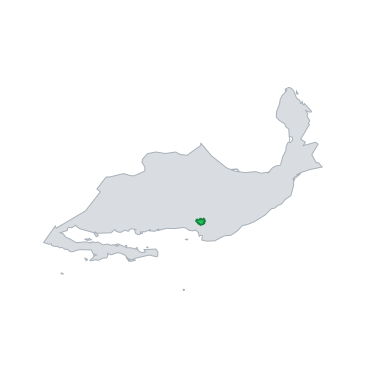 La Yesca, Nayarit, Mexico (highlighted), rotated 306°
{"feature_id": "50627088B10803570714070", "entity_name": "La Yesca", "entity_type": "district", "adm_level": 2, "iso_a3": "MEX", "parent_name": "Mexico", "parent_adm1": "Nayarit", "projection": "orthographic", "projection_center": [-104.035, 21.59], "detail": "fine", "context": "in_parent", "style": "filled", "palette": "green", "viewbox_px": 384, "rotation_deg": 306, "n_neighbors": 0, "source": "geoboundaries", "source_scale": "gbopen_adm2", "svg_char_len": 5681}
<svg xmlns="http://www.w3.org/2000/svg" viewBox="0 0 384 384"><g transform="rotate(306 192 192)"><path d="M63.9,101.6L84.1,101.4L82.9,103.4L114.1,116.9L138.3,117.8L138.5,113.3L153.6,113.7L156.1,116.9L166.6,125.7L169.2,132.9L171.1,135.7L181.2,141.5L184.4,139.3L186.7,133.9L189.8,132.7L197.0,133.5L203.2,139.4L207.5,147.8L214.8,155.4L215.4,160.4L218.8,166.4L234.6,171.6L236.7,170.6L232.7,186.6L231.9,205.6L232.8,209.7L237.2,215.0L236.5,217.9L236.6,215.0L232.9,210.5L234.2,214.7L238.8,223.4L246.0,231.7L247.8,236.9L252.9,242.1L251.6,242.0L254.4,243.1L253.5,242.4L258.6,242.8L262.3,244.5L265.7,247.8L274.1,244.6L280.4,243.7L284.4,241.3L288.7,240.6L289.7,241.3L289.4,242.4L293.0,242.9L295.3,241.0L294.5,238.3L293.4,239.0L293.6,238.4L299.8,233.3L299.9,229.4L301.6,227.1L301.2,220.9L302.0,216.3L306.6,213.2L315.0,210.9L318.6,209.0L322.7,208.2L329.7,209.1L330.2,208.0L328.4,208.1L330.6,207.2L333.6,208.9L334.3,211.6L333.3,215.4L329.4,221.4L329.6,225.2L327.6,227.7L328.0,228.5L330.0,227.9L328.1,230.5L328.2,231.4L329.6,231.0L327.7,240.6L327.0,241.5L325.4,239.6L324.8,236.1L323.1,239.9L321.0,240.4L318.8,245.5L315.7,245.7L315.6,247.3L298.6,248.9L298.9,254.5L295.0,254.8L304.9,262.7L304.8,265.9L292.6,267.0L288.7,275.3L290.0,277.2L288.7,282.6L279.4,274.2L271.9,268.7L267.4,266.6L267.0,267.2L271.1,269.1L264.7,267.6L265.1,266.1L263.5,266.8L262.4,265.6L261.3,267.1L263.4,267.6L260.2,268.1L257.1,270.3L247.2,274.1L240.6,271.8L235.1,271.5L231.3,269.2L227.6,268.4L225.2,266.1L216.3,264.6L205.0,260.0L197.7,255.6L194.6,252.5L187.1,251.6L180.0,249.0L175.5,243.9L165.7,239.0L160.6,232.3L158.9,228.1L162.7,226.2L162.1,224.5L160.4,223.9L163.0,220.8L163.3,217.0L161.2,215.7L159.2,212.0L159.3,208.5L157.9,205.5L152.4,199.7L147.6,192.7L140.1,186.6L142.2,187.8L142.4,186.5L138.4,185.1L135.5,180.3L137.6,180.5L131.9,177.2L131.1,175.6L128.9,176.1L128.5,175.4L130.3,173.6L127.4,174.9L125.7,173.5L125.5,170.4L127.7,167.8L128.4,168.3L127.1,165.4L125.3,163.6L122.8,163.6L121.3,159.7L118.4,158.8L116.7,157.1L115.6,153.7L116.5,151.7L111.3,150.4L102.8,139.4L102.5,136.9L101.2,136.0L96.3,122.7L96.1,118.8L96.8,117.5L92.1,115.5L91.1,113.4L89.6,112.6L87.7,113.7L81.5,109.3L82.5,111.9L81.2,116.7L82.3,120.7L82.9,128.2L89.2,135.2L91.1,139.7L92.1,139.6L92.6,140.9L93.6,141.1L94.3,144.0L96.2,145.0L97.0,151.1L100.3,154.3L101.3,157.8L102.9,158.9L103.9,163.0L105.3,164.1L104.7,161.0L106.6,162.8L108.6,172.2L110.7,174.9L113.5,181.7L113.0,184.5L113.5,187.0L116.1,189.5L117.2,187.1L124.5,196.1L123.7,199.3L120.6,201.6L118.9,201.8L115.9,194.5L104.3,184.4L103.2,184.5L100.9,181.4L100.6,179.3L101.5,174.9L100.7,170.6L99.1,167.4L93.6,163.4L92.6,159.7L91.5,161.2L88.5,161.7L86.5,159.1L81.4,156.2L80.7,154.1L77.0,150.7L76.7,149.6L80.8,150.5L83.2,149.8L83.1,150.7L85.1,151.9L84.5,149.4L83.6,149.2L85.9,144.4L79.0,134.6L73.0,130.1L72.1,128.0L72.4,124.6L71.0,123.4L70.8,119.5L69.0,117.7L69.0,115.3L66.6,111.5L66.3,109.8L67.3,108.7L65.6,107.1L63.9,101.6ZM102.5,139.5L101.6,141.9L99.6,141.0L100.7,137.5L101.9,137.2L102.5,139.5ZM94.2,138.6L91.4,135.9L90.9,133.2L92.3,134.2L92.5,135.6L94.0,136.1L94.2,138.6ZM333.7,220.2L332.9,219.5L333.2,218.4L335.0,217.3L333.7,220.2ZM100.9,184.3L98.9,181.8L100.4,176.9L99.8,181.3L100.9,184.3ZM75.8,147.3L74.2,146.8L75.5,144.3L76.1,146.3L75.8,147.3ZM50.1,136.4L49.0,134.6L49.4,133.8L49.8,133.9L50.1,136.4ZM102.7,184.5L103.9,186.5L101.3,184.5L102.7,184.5ZM151.2,215.7L150.9,216.5L150.2,216.1L149.9,214.8L151.2,215.7ZM114.5,180.0L114.9,181.5L113.5,179.5L114.5,180.0ZM109.7,169.7L110.4,170.4L109.2,171.7L109.7,169.7ZM108.7,243.3L108.1,243.5L107.3,242.9L108.1,242.1L108.7,243.3ZM291.7,240.4L290.2,240.9L292.8,239.8L291.7,240.4ZM121.4,188.9L120.6,188.7L120.6,187.3L121.4,188.9Z" fill="#d9dde1" stroke="#a8b0b8" stroke-width="1"/><path d="M172.8,213.0L172.7,212.9L172.8,212.9L172.9,212.7L173.0,212.5L173.0,212.4L173.0,212.2L172.8,212.1L172.7,212.1L172.4,212.2L172.2,212.2L172.0,211.9L171.9,211.9L171.8,212.0L171.7,212.0L171.4,212.2L171.2,212.2L171.2,212.3L171.0,212.5L170.9,212.5L170.6,212.6L170.7,213.3L170.8,213.4L170.4,214.5L170.6,214.5L170.6,214.8L170.5,215.0L170.4,215.1L170.4,215.3L170.6,215.4L170.5,215.5L170.5,215.8L170.2,215.8L170.3,216.1L170.2,216.2L170.5,216.4L170.2,216.5L170.3,216.7L170.5,216.6L170.6,216.8L170.2,217.2L170.2,217.3L170.2,217.5L170.3,217.7L170.3,217.8L170.4,217.7L170.5,217.7L170.6,217.8L170.7,218.0L170.7,218.3L170.8,218.3L170.9,218.5L171.0,218.5L171.3,218.7L171.3,218.8L171.4,219.0L171.4,219.3L171.5,219.4L171.9,219.5L172.0,219.6L172.3,219.7L172.4,219.8L172.4,220.0L172.5,220.1L172.8,220.1L173.0,220.1L173.3,220.1L173.5,220.0L173.8,220.0L173.8,219.9L173.9,220.0L174.0,220.1L174.1,219.9L174.2,220.0L174.3,219.9L174.3,220.0L174.4,219.9L174.5,219.9L174.5,219.7L174.8,219.5L174.9,219.4L175.0,219.4L175.0,219.5L175.3,219.6L175.2,219.4L175.3,219.4L175.4,219.5L175.5,219.7L175.8,219.6L176.0,219.5L176.3,219.5L176.4,219.4L176.3,219.2L176.5,219.1L176.5,218.9L176.8,218.8L176.8,218.7L177.0,218.6L177.0,218.4L177.1,218.2L176.8,218.1L176.9,217.9L177.0,217.8L177.3,217.7L177.2,217.6L177.0,217.4L177.0,217.2L176.9,217.1L176.7,217.1L176.8,217.0L176.7,217.0L176.4,217.0L176.3,216.9L176.2,216.9L176.0,216.7L176.0,216.4L176.0,216.5L175.9,216.5L175.7,216.4L175.8,216.4L175.7,216.4L175.7,216.2L175.4,216.2L175.4,215.9L175.5,215.9L175.4,215.8L175.5,215.8L175.5,215.7L175.3,215.5L175.4,215.3L175.4,215.2L175.4,215.3L175.5,215.3L175.5,215.2L175.7,214.9L175.6,214.7L175.6,214.8L175.5,214.7L175.4,214.6L175.3,214.4L175.3,214.2L175.2,214.2L174.9,214.2L174.7,214.1L174.4,214.1L174.1,214.0L173.9,214.0L173.7,214.0L173.4,214.0L173.3,213.9L173.2,213.9L173.0,213.7L172.9,213.6L172.9,213.4L173.0,213.3L173.0,213.2L173.0,213.3L172.9,213.2L172.8,213.0Z" fill="#22c55e" stroke="#15803d" stroke-width="1.5"/></g></svg>